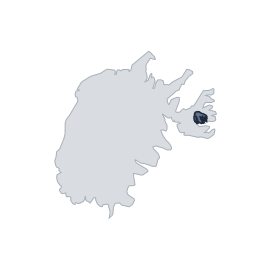 Súðavíkurhreppur, Vestfirðir, Iceland shown in context, rotated 144°
{"feature_id": "244011B7322015257461", "entity_name": "Súðavíkurhreppur", "entity_type": "district", "adm_level": 2, "iso_a3": "ISL", "parent_name": "Iceland", "parent_adm1": "Vestfirðir", "projection": "orthographic", "projection_center": [-22.738, 65.904], "detail": "fine", "context": "in_parent", "style": "filled", "palette": "slate", "viewbox_px": 256, "rotation_deg": 144, "n_neighbors": 0, "source": "geoboundaries", "source_scale": "gbopen_adm2", "svg_char_len": 6995}
<svg xmlns="http://www.w3.org/2000/svg" viewBox="0 0 256 256"><g transform="rotate(144 128 128)"><path d="M181.7,74.2L183.6,74.1L186.4,72.4L190.3,67.8L192.0,66.7L196.2,66.2L191.6,70.7L190.2,75.2L189.1,77.5L189.2,78.4L193.2,80.6L194.8,79.5L195.6,79.7L196.4,80.9L197.2,83.2L197.2,85.8L196.5,88.4L195.3,90.7L195.6,91.4L196.8,91.6L202.7,89.5L203.7,92.5L204.4,93.5L204.4,94.6L202.4,98.2L205.0,95.7L207.1,94.8L211.1,95.4L212.8,96.3L214.1,98.3L215.9,97.4L216.9,98.5L217.1,99.8L216.8,103.4L214.8,105.5L216.5,107.9L217.7,107.8L217.9,108.3L218.0,109.8L216.5,111.9L219.7,113.4L220.2,114.1L220.3,116.4L220.0,117.8L219.3,118.7L217.2,119.1L216.0,120.1L216.6,121.4L216.7,125.3L215.5,128.7L214.2,130.6L212.8,131.9L208.3,131.3L208.9,134.0L207.5,135.8L208.0,137.2L208.6,137.8L208.6,139.7L207.1,143.6L205.9,145.0L203.3,146.8L199.7,150.7L195.6,151.2L186.1,157.1L182.4,160.2L176.0,168.8L173.1,171.1L168.0,172.6L152.8,179.1L151.2,182.3L151.2,183.0L152.0,184.1L151.0,186.4L148.7,188.2L147.6,188.3L145.5,187.1L145.3,187.7L146.2,189.3L138.6,192.5L127.8,191.8L118.1,188.4L110.5,188.0L105.0,182.9L104.8,182.0L105.3,180.4L107.2,179.7L106.2,178.1L103.1,181.0L102.1,181.0L100.7,179.9L100.6,178.7L97.9,178.4L93.2,175.1L92.9,174.4L94.0,173.2L93.7,173.0L91.3,173.3L87.7,176.5L66.3,177.9L65.6,176.3L64.7,170.2L65.4,167.6L66.3,167.8L68.8,171.3L74.5,169.3L76.8,168.0L78.9,164.7L80.1,163.6L81.8,159.3L83.5,156.7L87.0,155.4L83.8,154.7L78.5,158.2L76.8,158.2L77.6,156.7L79.4,155.0L78.1,154.9L77.6,154.2L77.6,152.6L78.5,150.1L84.6,145.5L83.2,144.6L78.9,148.1L75.7,149.4L73.2,147.8L71.9,145.7L72.0,144.8L73.5,142.1L73.2,141.6L72.2,141.3L69.4,138.8L65.1,139.1L54.3,137.6L46.1,140.9L44.2,139.3L42.6,135.8L43.0,134.5L44.4,133.8L48.4,134.0L54.2,132.4L56.9,130.4L57.9,130.9L58.4,131.9L62.0,130.4L63.9,128.7L67.1,129.5L79.2,128.5L80.7,126.1L81.3,123.4L81.0,122.8L76.6,125.4L75.6,125.4L70.5,124.1L68.6,122.6L69.2,121.4L71.9,118.7L78.7,114.3L79.7,113.4L79.8,112.4L77.0,110.5L71.9,111.1L70.6,108.9L66.3,107.6L63.5,108.4L62.0,107.1L45.2,113.9L39.8,110.6L36.0,109.9L35.7,108.9L38.0,105.9L39.5,105.4L41.1,105.7L44.0,107.9L46.0,108.6L43.5,105.4L43.5,102.4L42.7,101.6L42.0,99.6L42.3,98.9L45.3,99.4L50.1,103.0L52.5,102.4L55.7,100.2L48.7,98.8L46.7,96.1L48.2,94.7L51.8,94.9L47.8,90.1L47.7,89.3L48.4,87.2L53.3,89.1L50.7,86.2L50.7,85.6L51.4,85.1L51.9,83.4L53.1,82.7L55.6,83.3L59.4,86.6L60.0,87.5L60.1,90.8L61.7,90.3L63.5,90.8L65.0,88.5L66.0,89.1L66.9,91.1L66.8,95.5L67.8,93.9L69.6,93.8L69.9,90.2L69.6,87.3L63.6,84.0L61.3,81.5L61.6,80.7L62.7,80.0L68.9,79.3L66.2,77.9L65.6,76.5L61.0,77.0L58.6,76.4L58.6,75.7L59.5,74.6L62.3,72.3L67.6,72.1L69.8,72.7L74.0,77.7L77.3,79.7L83.0,86.3L86.6,88.9L86.8,89.5L86.2,90.3L84.9,91.2L87.0,92.4L88.4,94.1L88.5,94.8L87.4,100.3L86.1,102.1L82.7,101.1L83.5,102.9L86.0,104.7L86.5,105.7L86.2,106.7L87.3,106.4L87.7,106.9L87.2,110.0L86.7,111.2L88.7,111.7L90.1,113.2L92.0,119.4L92.7,114.6L93.2,112.8L94.0,112.2L94.8,107.3L97.0,104.3L99.1,103.2L101.4,106.5L102.9,106.8L104.3,100.7L104.4,96.3L103.7,91.5L103.9,88.0L104.8,85.9L106.2,85.2L109.2,87.2L111.9,91.9L115.9,96.9L118.6,98.1L119.1,97.9L119.5,96.2L118.7,89.3L119.7,85.6L122.8,84.5L127.2,80.9L128.2,80.7L130.6,82.5L135.2,89.1L138.4,92.2L140.3,97.2L141.0,98.1L141.6,96.4L141.5,94.1L137.1,83.8L137.0,82.4L137.3,81.2L143.7,81.3L145.2,82.4L150.1,88.0L152.0,85.4L155.7,77.9L157.2,78.0L161.1,80.5L162.6,80.1L166.6,77.1L167.2,73.7L164.7,67.1L165.3,65.7L169.0,63.6L173.3,63.5L178.4,69.3L178.9,72.2L181.7,74.2Z" fill="#d9dde1" stroke="#a8b0b8" stroke-width="1"/><path d="M60.9,99.4L61.1,99.6L61.6,99.6L61.8,99.7L61.9,100.0L62.1,100.3L62.5,100.6L62.9,100.8L63.4,100.8L64.3,101.2L64.8,101.0L64.9,100.6L65.3,100.6L65.7,100.5L66.0,100.3L66.1,100.2L66.1,99.9L66.1,99.5L66.1,99.4L66.3,99.3L66.5,99.3L67.0,99.0L67.3,98.9L67.7,98.6L68.2,98.1L68.3,97.9L68.7,97.4L68.9,97.1L69.2,96.5L69.2,96.4L69.3,96.3L69.3,96.2L69.4,95.9L69.7,95.5L69.9,95.1L69.9,94.8L69.9,94.5L70.0,94.2L70.1,93.8L70.0,93.5L70.0,93.3L70.0,93.2L69.8,93.0L69.7,93.2L69.7,93.3L69.8,93.4L69.8,93.6L69.9,93.8L69.9,93.7L69.9,93.8L69.9,94.0L70.0,94.1L69.8,94.4L69.5,94.6L69.6,94.3L69.5,93.9L69.5,93.6L69.5,93.3L69.5,93.0L69.6,92.9L69.6,92.7L69.4,92.2L69.2,92.0L69.1,92.3L69.1,92.6L69.0,92.4L69.0,92.5L68.9,92.6L68.8,92.4L68.7,92.2L68.8,91.9L68.7,91.6L68.6,91.3L68.6,91.2L68.4,90.8L68.4,91.0L68.4,90.9L68.4,91.0L68.3,90.9L68.2,91.1L68.3,91.2L68.3,91.3L68.3,91.5L68.2,91.5L68.1,91.8L68.1,92.1L68.2,92.3L68.2,92.5L68.0,92.8L67.9,92.9L67.8,93.0L67.8,92.9L67.8,93.1L67.7,93.1L67.5,93.3L67.7,93.6L67.6,94.0L67.4,94.3L67.3,94.8L67.2,95.0L66.9,95.5L66.8,96.0L66.9,96.4L66.4,97.2L66.2,97.3L66.1,97.2L66.1,97.3L66.0,97.2L66.2,96.9L66.4,96.6L66.4,96.4L66.5,96.4L66.5,96.2L66.3,96.1L66.5,95.3L66.7,95.0L66.9,94.8L66.9,94.7L67.0,94.1L67.1,93.9L67.2,93.7L67.1,93.4L67.3,92.9L67.3,92.6L67.4,92.3L67.4,92.1L67.3,91.8L67.4,91.6L67.5,91.0L67.4,91.2L67.2,91.2L67.1,90.8L67.1,90.6L66.8,90.5L66.8,90.1L66.7,89.9L66.7,89.6L66.4,89.7L66.2,89.5L65.9,89.3L65.8,88.9L65.7,88.8L65.7,88.6L65.7,88.4L65.8,88.2L65.7,87.9L65.7,88.0L65.6,88.3L65.1,88.2L65.0,88.3L65.1,88.5L64.9,88.5L64.8,88.4L64.7,88.1L64.4,87.8L64.3,88.1L64.2,88.2L64.2,88.4L64.1,88.9L64.0,89.2L64.0,89.7L63.9,89.9L63.9,90.0L64.0,90.0L64.1,90.7L64.1,90.9L64.0,91.1L63.9,91.6L64.0,91.7L64.0,92.1L63.9,92.6L63.8,93.0L63.6,93.4L63.4,93.6L63.3,93.8L63.2,94.2L63.2,94.3L63.0,94.5L62.9,94.4L63.0,94.4L62.9,94.4L62.9,94.5L62.8,94.4L62.9,94.5L62.8,94.4L62.8,94.1L62.9,93.5L63.2,93.0L63.3,92.6L63.4,92.4L63.4,92.2L63.4,91.7L63.4,91.4L63.4,91.2L63.5,90.8L63.5,90.6L63.5,90.4L63.4,90.3L63.3,90.2L63.2,90.1L63.2,89.9L63.1,90.3L62.9,90.5L62.8,90.8L62.7,90.9L62.7,91.0L62.6,91.3L62.6,91.5L62.1,92.2L61.6,92.6L61.4,93.0L61.1,93.3L60.8,93.8L60.7,93.8L60.6,93.7L60.7,93.4L60.8,93.2L61.2,92.9L61.3,92.5L61.4,92.4L61.9,91.9L62.0,91.7L62.2,91.4L62.3,90.8L62.4,90.7L62.5,90.6L62.6,90.3L62.7,89.9L62.7,89.6L62.8,89.3L62.7,89.0L62.7,88.8L62.7,88.7L62.3,88.6L62.4,88.9L62.4,89.1L62.2,89.4L62.3,89.5L62.1,89.8L61.9,90.3L61.7,90.5L61.8,90.9L61.9,91.2L61.9,91.4L61.7,91.4L61.6,91.1L61.4,90.8L61.4,90.5L61.4,90.4L61.5,90.1L61.6,89.8L61.8,89.8L61.7,89.7L61.8,89.6L61.8,89.4L61.6,88.8L61.5,88.3L61.4,88.2L61.3,88.5L61.2,88.8L61.1,89.0L61.0,89.6L60.8,89.9L60.0,90.8L59.9,90.8L60.0,90.9L59.9,91.2L59.8,91.3L59.7,91.4L59.8,91.4L59.7,91.3L59.8,91.3L59.7,91.2L59.6,91.4L59.2,91.6L59.1,91.4L59.4,91.0L59.6,90.6L59.8,90.2L60.3,89.6L60.6,89.3L60.7,89.2L60.7,88.9L60.6,88.7L60.7,88.4L60.7,87.9L60.7,87.7L60.7,87.2L60.6,86.9L60.3,87.2L60.3,87.3L60.3,87.6L59.9,88.3L59.8,88.6L59.5,88.8L58.5,89.2L58.5,89.3L58.5,89.5L58.4,90.0L58.0,90.2L58.0,90.4L57.6,90.6L57.5,90.8L57.6,91.0L57.4,91.4L57.4,91.6L57.4,91.9L57.3,92.2L57.4,92.6L57.6,92.9L57.7,93.1L57.8,93.3L58.1,93.8L58.2,94.0L58.2,94.3L58.6,95.1L59.7,96.2L59.9,97.0L60.2,97.3L60.3,97.6L60.5,98.3L60.8,98.9L60.9,99.1L60.9,99.4ZM63.3,88.2L63.3,87.7L63.2,87.6L63.2,87.8L63.2,88.0L63.3,88.2ZM69.6,91.1L69.4,91.1L69.4,91.3L69.5,91.5L69.5,91.4L69.5,91.5L69.5,91.4L69.6,91.5L69.6,91.4L69.6,91.1ZM67.5,93.1L67.4,93.2L67.5,93.2L67.5,93.1Z" fill="#64748b" stroke="#1e293b" stroke-width="1.5"/></g></svg>